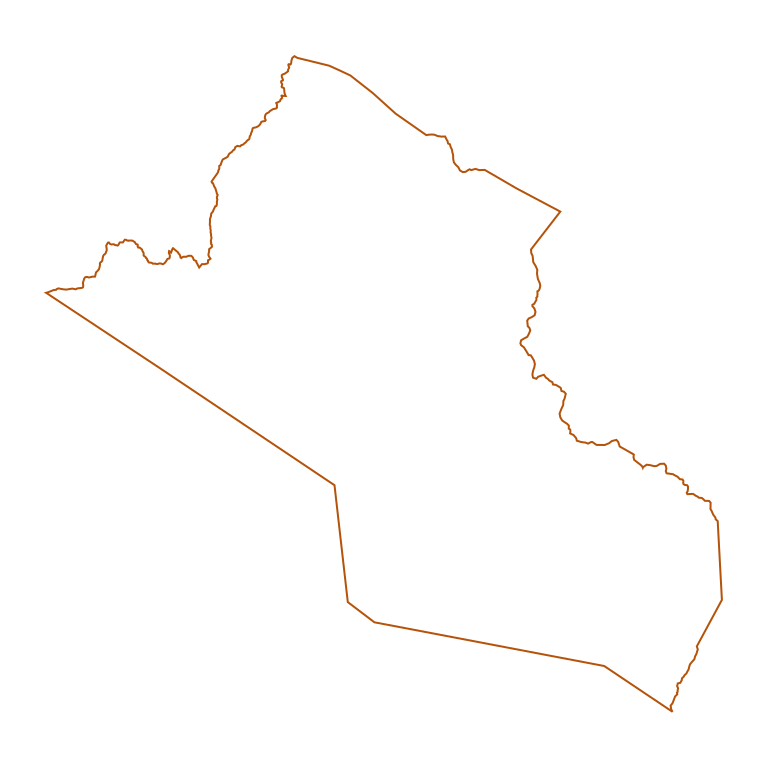 the district of Menyamya District, Morobe, Papua New Guinea
{"feature_id": "67681753B12937966801252", "entity_name": "Menyamya District", "entity_type": "district", "adm_level": 2, "iso_a3": "PNG", "parent_name": "Papua New Guinea", "parent_adm1": "Morobe", "projection": "orthographic", "projection_center": [146.094, -7.257], "detail": "fine", "context": "isolated", "style": "outline", "palette": "amber", "viewbox_px": 768, "rotation_deg": 0, "n_neighbors": 0, "source": "geoboundaries", "source_scale": "gbopen_adm2", "svg_char_len": 6049}
<svg xmlns="http://www.w3.org/2000/svg" viewBox="0 0 768 768"><path d="M516.7,188.5L484.7,169.9L479.2,170.1L475.5,168.9L471.2,170.1L469.6,169.3L467.6,170.4L465.7,171.8L462.8,172.1L459.9,170.4L458.4,167.3L455.6,164.6L453.9,162.3L453.2,159.0L453.1,155.0L452.3,152.1L452.0,149.8L450.5,146.6L449.9,144.3L448.1,143.5L447.4,140.6L447.0,140.3L445.1,136.5L441.4,136.6L437.5,136.0L434.4,134.7L431.7,134.5L428.8,134.7L426.3,135.1L395.7,113.7L372.6,92.9L350.4,75.5L340.0,70.6L329.2,65.7L297.4,57.9L294.4,56.2L292.4,57.8L291.8,59.4L291.4,60.7L291.3,62.4L290.8,64.1L290.3,64.6L289.5,64.5L289.0,64.1L288.4,64.5L288.4,65.3L289.2,67.6L288.5,68.9L288.1,69.8L288.0,71.3L285.1,73.5L282.6,74.5L281.9,75.0L281.7,75.7L281.9,77.3L282.5,78.5L282.9,79.5L282.9,80.4L281.3,81.1L281.1,81.7L281.2,82.6L282.2,84.0L282.1,84.9L281.6,86.7L282.0,87.4L283.4,87.7L284.0,88.2L284.2,89.6L284.4,92.2L284.7,93.7L285.7,96.0L285.1,96.0L284.4,95.8L282.9,96.0L281.9,95.5L281.5,95.8L282.1,97.9L281.7,98.6L280.9,99.0L280.5,99.6L280.3,100.5L280.0,101.1L277.5,102.5L276.8,102.6L276.2,103.0L276.9,104.4L277.0,105.6L276.8,106.6L277.0,107.3L276.7,108.0L276.0,108.5L273.2,109.1L272.3,109.5L271.3,110.3L270.2,110.8L268.8,112.3L266.9,113.3L266.0,113.9L265.2,115.4L264.8,117.7L264.9,118.6L265.4,119.2L265.7,120.1L265.0,121.0L262.3,121.5L261.3,121.9L260.7,123.3L259.8,124.7L258.4,126.1L256.1,127.3L254.7,127.6L253.2,127.9L252.6,128.6L252.0,131.2L251.0,133.4L250.8,134.6L250.3,135.6L249.8,136.2L249.4,138.7L248.9,139.5L247.7,140.1L246.5,141.4L245.7,142.4L244.1,143.6L243.2,144.5L242.6,144.8L241.3,145.1L240.5,146.1L240.0,146.4L237.3,145.9L235.3,147.2L234.5,149.5L233.1,150.3L232.1,151.7L229.3,153.7L228.8,154.4L228.1,155.9L227.7,156.7L226.3,157.6L222.9,159.4L222.3,160.3L221.6,162.2L221.1,163.3L220.8,164.7L220.0,165.4L219.2,166.0L219.3,167.7L219.2,168.8L219.0,169.5L218.3,170.5L218.2,171.8L217.7,172.8L211.6,181.5L211.9,182.6L213.0,183.3L214.3,186.7L215.3,188.1L216.6,192.4L216.9,193.8L217.7,195.0L216.9,196.9L216.9,198.3L217.4,199.6L216.9,201.5L216.9,203.8L216.6,205.6L216.1,206.1L215.3,206.2L213.6,209.7L212.9,211.6L211.2,213.6L211.0,216.0L209.9,219.3L210.0,220.5L209.8,225.1L210.4,226.4L210.3,228.3L210.7,230.3L210.6,232.6L211.1,234.0L211.0,235.3L211.5,237.9L210.8,241.1L211.2,242.8L211.0,243.8L211.9,244.9L211.8,245.8L212.0,246.7L210.1,248.5L209.1,249.2L209.1,251.3L208.4,254.7L208.5,255.4L209.5,257.4L210.3,258.3L210.5,258.7L209.6,259.5L208.0,260.3L208.0,262.0L207.9,262.9L207.5,263.4L204.8,264.1L202.0,264.1L199.2,267.5L196.8,263.0L196.4,262.5L196.3,261.1L193.8,259.9L193.1,258.1L192.4,256.8L191.1,255.8L188.5,255.8L186.1,256.8L183.7,256.7L182.5,257.1L181.3,258.1L180.5,257.5L180.2,255.9L179.5,254.4L178.5,253.5L178.1,252.4L173.0,248.2L172.3,249.2L171.5,251.5L171.0,252.6L170.1,251.6L169.1,251.1L168.8,253.0L169.6,254.6L169.9,255.6L169.7,257.7L169.2,258.5L167.5,258.9L165.9,261.5L164.7,263.0L163.4,264.0L162.7,264.2L161.3,263.6L159.5,263.4L157.5,264.0L156.1,263.9L155.0,263.6L152.9,263.7L152.0,263.0L151.1,262.7L148.9,262.5L147.9,261.2L148.0,260.7L147.3,260.1L146.9,258.6L146.2,258.2L145.5,256.9L144.1,256.0L143.6,255.3L143.7,253.8L143.5,252.7L142.5,251.1L142.0,249.5L139.6,247.5L138.2,247.5L137.6,246.4L137.8,245.0L137.5,244.5L135.9,244.0L134.8,242.1L132.5,240.6L128.9,240.5L128.3,240.8L126.9,240.4L126.3,239.9L124.8,239.7L122.9,242.4L121.5,242.4L119.9,242.4L119.3,243.1L118.5,244.8L117.8,245.5L117.1,245.5L116.2,245.1L115.1,245.1L113.7,244.2L111.6,244.5L110.1,244.0L108.9,242.5L107.9,242.6L106.2,245.7L106.7,249.1L106.7,250.7L106.1,251.7L105.7,253.2L104.8,254.2L103.8,254.9L103.2,255.9L102.6,258.5L102.3,260.7L101.4,261.8L100.2,262.6L99.9,263.3L100.0,264.6L99.5,267.5L98.9,269.3L97.3,271.2L96.1,272.3L95.6,274.0L95.4,275.5L94.9,276.7L92.8,276.6L89.0,277.5L86.9,276.9L85.3,277.2L84.3,278.4L82.9,282.9L83.3,285.9L82.9,287.4L81.9,287.9L77.4,288.4L75.8,289.3L72.3,288.6L66.2,289.6L63.2,289.3L58.3,288.4L56.7,289.1L56.1,289.8L53.8,290.0L48.5,292.1L46.1,292.8L159.2,367.7L334.5,485.2L347.8,602.1L374.4,622.3L604.2,666.0L672.5,711.8L671.3,709.6L670.6,705.6L672.6,703.1L675.1,696.4L677.3,694.3L676.9,692.7L677.7,691.8L677.6,690.4L678.1,688.2L677.1,686.1L677.8,683.4L680.3,682.8L681.7,680.3L682.0,678.3L683.7,676.7L684.5,675.2L686.4,673.5L687.3,671.6L688.6,669.4L689.2,666.8L690.0,664.3L691.7,662.2L694.4,659.2L695.1,656.3L696.3,654.2L697.8,649.3L696.8,646.4L721.9,599.9L717.7,521.1L715.7,519.3L715.4,517.6L713.2,514.6L711.5,510.7L710.5,509.2L710.6,502.6L709.0,500.9L704.9,500.8L703.3,499.2L701.9,498.0L698.9,497.7L697.4,496.5L695.8,495.8L693.1,493.9L689.8,494.0L687.4,494.2L686.7,492.8L687.6,491.3L688.0,488.9L688.0,486.6L687.1,485.2L684.4,484.8L683.4,483.9L683.2,482.7L683.4,481.0L682.6,479.5L679.9,479.2L677.4,476.6L674.6,475.2L673.0,474.2L666.6,473.3L665.8,471.2L666.4,468.6L665.8,465.6L664.1,463.7L660.1,463.9L656.8,465.9L654.3,466.2L650.4,465.2L646.7,464.7L642.9,467.3L642.8,467.6L642.5,466.8L640.8,465.0L634.2,459.9L633.5,457.2L633.8,454.5L619.7,446.5L618.2,441.9L616.4,439.9L611.9,441.0L609.1,443.2L604.7,445.0L596.5,444.9L592.5,442.1L591.2,442.0L588.0,443.6L585.6,442.6L581.5,442.1L576.8,440.7L576.2,438.2L573.5,435.0L570.1,433.4L570.4,431.1L570.2,429.5L568.8,428.7L568.8,425.5L567.0,423.7L565.5,422.8L562.2,420.5L560.3,417.3L559.6,413.6L561.3,409.1L563.2,405.0L563.4,400.9L564.4,399.1L565.8,393.8L564.0,391.7L561.5,391.0L560.7,387.9L558.8,386.6L555.9,384.9L553.0,384.5L552.4,382.2L549.4,380.6L547.8,378.8L546.0,377.7L543.9,374.8L541.0,375.7L538.1,376.8L536.3,378.8L533.0,377.6L532.4,374.5L533.1,370.7L534.3,367.3L534.9,364.2L534.1,360.8L532.5,358.0L530.8,355.3L528.6,355.1L526.3,351.1L523.8,347.2L521.2,345.3L520.4,343.4L521.1,340.3L524.1,338.5L527.3,336.8L528.8,334.0L530.3,330.3L529.3,327.7L527.8,326.3L527.2,320.6L528.7,318.5L531.8,317.1L534.6,315.3L535.5,311.9L534.4,308.5L532.4,306.1L532.4,304.8L534.2,303.8L536.5,299.7L536.3,297.7L537.3,296.7L537.5,293.8L537.4,291.3L538.7,290.6L539.5,289.2L540.3,285.8L539.7,283.0L537.9,279.0L537.0,273.7L537.3,269.8L535.7,266.1L533.3,262.2L532.6,255.9L531.3,253.2L531.0,249.5L560.3,211.6L516.7,188.5Z" fill="none" stroke="#b45309" stroke-width="2"/></svg>